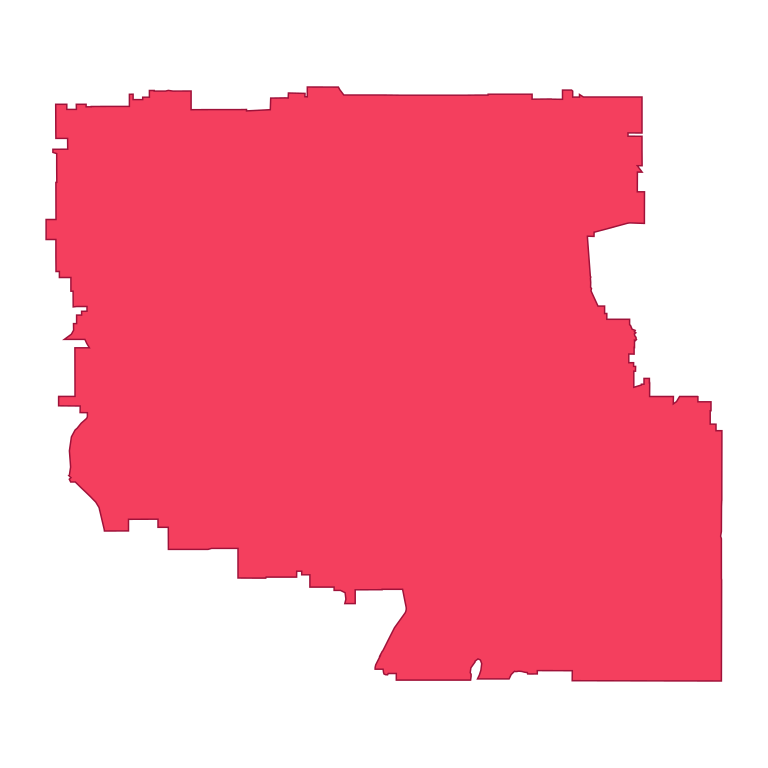 Broomehill-Tambellup, Western Australia, Australia (Albers equal-area conic projection)
{"feature_id": "25037944B2745809655475", "entity_name": "Broomehill-Tambellup", "entity_type": "district", "adm_level": 2, "iso_a3": "AUS", "parent_name": "Australia", "parent_adm1": "Western Australia", "projection": "albers", "projection_center": [117.654, -34.013], "detail": "fine", "context": "isolated", "style": "filled", "palette": "rose", "viewbox_px": 768, "rotation_deg": 0, "n_neighbors": 0, "source": "geoboundaries", "source_scale": "gbopen_adm2", "svg_char_len": 4785}
<svg xmlns="http://www.w3.org/2000/svg" viewBox="0 0 768 768"><path d="M60.5,104.3L55.7,104.3L55.8,126.9L55.8,131.7L55.9,138.4L67.6,138.4L67.7,149.2L52.9,149.3L52.9,152.4L56.7,153.6L56.7,168.6L56.8,182.4L55.9,182.4L56.0,219.5L51.1,219.5L46.1,219.5L46.1,239.5L55.9,239.5L55.9,239.8L55.9,256.1L56.0,267.8L56.0,271.5L59.4,271.5L59.4,277.5L70.9,277.5L70.9,291.2L73.1,291.2L73.2,306.9L76.7,306.5L87.0,306.5L87.0,311.2L81.6,311.3L81.6,315.1L76.6,315.1L76.6,323.6L73.5,323.6L73.6,330.2L71.4,334.2L64.3,339.4L84.9,339.4L86.8,343.5L89.1,347.3L89.4,347.8L74.9,347.8L75.0,387.2L75.0,396.4L59.5,396.4L59.7,396.6L59.1,396.7L58.6,396.8L58.6,405.8L80.2,406.0L80.1,412.6L87.4,412.7L87.4,416.3L87.1,417.6L86.3,418.7L81.2,423.2L77.2,428.2L75.1,430.0L71.4,436.9L69.4,450.8L70.3,462.6L70.6,467.1L69.3,475.7L69.0,475.7L69.4,476.2L71.0,477.7L69.3,479.2L70.7,482.0L75.3,482.0L81.2,487.8L87.7,494.0L90.9,497.1L92.8,499.1L95.7,502.0L97.4,504.8L99.1,507.6L99.7,510.5L99.8,510.7L104.2,529.3L104.4,531.0L104.8,531.0L128.5,530.9L128.5,519.3L152.6,519.2L158.0,519.2L158.0,525.1L158.0,527.3L168.3,527.3L168.4,549.4L194.6,549.4L208.0,549.4L211.5,548.4L227.7,548.4L238.0,548.4L238.0,578.0L254.9,578.1L265.8,578.1L266.1,577.1L266.5,577.1L266.8,577.1L279.9,577.1L296.6,577.1L296.6,576.9L296.7,571.2L301.7,571.2L301.7,574.8L309.9,574.8L309.9,587.1L323.6,587.1L334.1,587.1L334.1,590.4L336.6,590.4L340.5,590.4L345.1,592.7L345.9,599.2L344.8,603.6L355.2,603.6L355.2,589.8L382.1,589.7L382.1,589.3L394.2,589.3L395.0,589.3L396.8,589.3L402.6,589.3L405.2,602.5L406.1,606.9L406.2,607.6L406.2,608.0L406.3,608.4L406.2,608.8L406.2,609.3L406.2,609.7L406.1,610.1L406.0,610.5L405.9,610.9L405.8,611.3L405.7,611.7L405.5,612.1L405.3,612.5L405.1,612.9L404.9,613.2L404.6,613.6L402.1,617.1L394.5,627.7L388.3,639.9L384.2,648.1L382.7,651.0L382.2,651.4L379.8,656.0L380.2,656.0L377.8,660.7L376.1,664.1L375.7,664.9L375.5,665.8L375.3,666.6L375.1,667.8L375.1,669.2L375.9,669.2L383.1,669.2L383.5,672.3L384.0,674.0L385.6,674.7L387.6,674.8L388.2,673.5L396.3,673.5L396.3,680.1L401.4,680.1L420.8,680.1L442.0,680.1L457.4,680.1L466.2,680.1L470.6,680.1L471.1,676.4L471.1,674.2L470.2,672.7L470.9,667.8L475.1,661.9L475.0,661.2L478.0,658.9L480.4,660.0L481.7,663.6L480.9,670.2L479.4,674.9L477.5,678.9L486.6,678.9L487.2,678.9L492.5,678.9L509.1,678.9L511.2,674.5L514.5,671.3L514.9,671.4L515.3,671.5L515.9,671.6L516.7,671.5L517.6,671.4L518.2,671.2L519.2,671.2L520.3,671.3L521.4,671.4L522.4,671.6L523.4,671.9L524.2,672.1L525.1,672.3L526.1,672.4L527.0,672.5L527.3,672.5L527.5,673.0L527.5,673.5L527.6,673.9L530.3,674.0L537.3,673.9L537.3,670.6L568.4,670.7L572.3,670.7L572.2,680.7L721.4,681.0L721.5,633.2L721.6,579.8L721.4,578.4L721.4,538.7L720.6,536.2L721.4,531.4L721.5,506.5L721.7,500.9L721.8,500.4L721.8,484.2L721.9,439.5L721.9,430.7L716.0,430.7L716.0,424.2L710.2,424.1L710.2,410.7L711.0,410.7L711.0,401.8L697.9,401.8L697.9,396.6L697.7,396.5L691.2,396.5L679.6,396.5L676.5,401.6L673.3,403.9L673.4,396.5L649.6,396.5L649.7,382.9L649.6,382.4L649.4,382.5L649.4,378.4L644.0,378.4L644.0,384.2L641.4,384.2L641.4,385.0L633.8,387.3L633.8,384.6L633.8,371.2L635.5,371.2L635.6,366.4L633.6,366.4L633.6,362.7L628.8,362.7L628.8,354.0L634.1,354.1L634.1,347.4L634.5,347.5L634.5,347.0L634.5,340.3L635.2,340.8L636.5,339.5L636.1,339.0L636.0,337.3L634.8,335.8L634.4,333.8L635.8,332.8L634.4,331.7L635.2,330.4L632.1,329.2L630.5,325.4L629.6,324.7L629.6,319.3L629.4,319.3L606.8,319.3L606.8,313.5L604.6,313.5L604.6,306.1L598.0,306.1L592.7,294.6L591.0,290.8L591.5,288.4L590.6,287.4L590.7,282.6L590.7,282.3L590.4,278.1L590.8,277.1L590.3,276.0L587.7,241.0L587.4,236.8L587.4,236.2L594.0,236.4L594.1,232.2L594.3,232.2L618.8,225.6L627.6,223.2L628.9,223.0L630.2,222.9L644.4,223.4L644.4,223.1L644.4,217.3L644.5,191.8L637.3,191.8L637.4,172.1L642.1,172.1L638.4,167.2L638.0,166.3L637.6,166.1L637.3,165.7L642.1,165.7L642.0,150.1L642.0,149.7L642.0,136.3L628.0,136.2L628.0,132.9L642.0,133.0L642.0,118.2L642.0,102.3L642.0,97.0L631.7,97.0L606.7,97.0L590.1,97.0L589.9,97.0L583.4,97.0L579.5,94.5L579.5,97.1L572.7,97.1L572.7,91.1L571.6,90.1L562.5,90.1L562.5,99.3L560.7,99.3L552.1,99.2L551.5,99.0L532.1,99.2L532.1,94.2L524.6,94.2L517.7,94.2L516.3,94.2L506.7,94.2L502.3,94.2L501.3,94.2L488.1,94.2L488.0,95.1L476.0,95.1L466.1,95.2L451.0,95.2L418.0,95.2L400.0,95.2L382.4,95.0L364.7,95.0L343.8,95.0L339.8,89.7L338.4,87.1L307.3,87.0L307.3,96.8L304.9,96.7L305.0,93.4L288.4,93.0L288.2,98.0L285.1,97.9L278.3,98.0L270.7,98.1L270.3,109.7L246.5,110.9L246.5,109.5L239.9,109.6L211.1,109.6L191.1,109.7L191.1,91.0L173.1,91.1L168.3,90.4L165.5,91.1L154.2,91.1L154.2,90.5L149.4,90.5L149.4,97.2L142.7,97.2L142.7,99.6L133.1,99.6L133.1,94.2L129.4,94.3L129.4,106.4L109.5,106.4L91.2,106.5L91.2,106.8L86.1,106.8L86.1,104.3L76.3,104.3L76.4,109.4L66.8,109.4L66.8,104.3L60.5,104.3Z" fill="#f43f5e" stroke="#9f1239" stroke-width="1.5"/></svg>